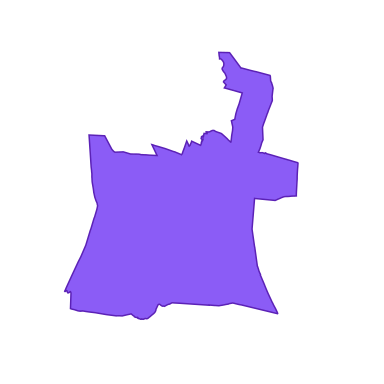 Lerma, México, Mexico, rotated 195°
{"feature_id": "50627088B475938863267", "entity_name": "Lerma", "entity_type": "district", "adm_level": 2, "iso_a3": "MEX", "parent_name": "Mexico", "parent_adm1": "México", "projection": "robinson", "projection_center": [-99.473, 19.326], "detail": "fine", "context": "isolated", "style": "filled", "palette": "violet", "viewbox_px": 384, "rotation_deg": 195, "n_neighbors": 0, "source": "geoboundaries", "source_scale": "gbopen_adm2", "svg_char_len": 5881}
<svg xmlns="http://www.w3.org/2000/svg" viewBox="0 0 384 384"><g transform="rotate(195 192 192)"><path d="M187.7,300.9L185.6,300.9L169.1,300.7L169.3,289.4L169.8,283.8L169.9,278.9L169.5,273.2L169.8,273.0L170.9,272.2L172.4,271.0L171.7,269.8L171.3,268.9L171.0,268.3L169.8,266.1L169.3,264.8L169.0,263.2L168.7,261.5L168.5,259.2L168.4,258.1L168.2,256.2L167.9,254.5L167.3,250.4L167.5,250.2L170.5,251.7L171.7,252.5L173.4,253.4L174.3,253.9L174.8,254.1L175.5,254.5L178.3,255.9L178.9,256.1L179.5,256.2L180.1,256.2L180.7,256.3L181.3,256.3L183.9,256.5L184.9,256.6L185.3,256.7L186.2,257.1L186.6,257.1L187.0,257.1L188.0,256.8L188.4,256.6L188.7,256.4L189.1,256.0L189.5,255.8L189.7,255.5L190.0,255.2L190.6,254.7L191.1,254.5L191.5,254.3L192.5,254.1L193.9,253.8L193.7,253.3L193.7,252.7L192.6,252.8L192.6,252.2L195.5,251.7L195.4,251.3L195.5,251.0L195.3,248.5L195.5,248.5L195.5,248.0L196.1,248.0L196.5,248.4L196.6,247.8L197.1,247.8L197.0,245.9L196.5,245.6L196.3,245.7L195.9,245.6L195.6,245.7L195.0,245.9L195.1,244.6L195.6,244.7L195.8,243.5L195.5,243.4L195.8,241.9L195.5,241.8L195.8,239.3L197.0,239.5L205.5,241.0L205.5,240.0L205.8,238.1L205.9,236.9L206.0,236.5L206.2,236.2L206.3,235.9L206.6,235.5L207.0,235.8L207.2,236.1L207.3,236.4L207.8,237.1L208.5,237.8L209.5,239.0L210.3,239.9L210.8,232.9L210.9,231.1L211.0,231.1L211.0,230.7L211.2,228.9L211.3,227.2L211.2,226.9L211.8,225.3L212.2,225.4L213.9,225.6L214.5,225.7L215.9,225.9L216.2,225.9L216.8,226.0L217.0,226.0L217.7,226.1L218.2,226.2L218.8,226.3L219.2,226.3L219.3,226.3L219.7,226.3L220.6,226.3L229.1,227.0L236.5,227.2L239.9,227.2L241.9,227.4L243.0,227.4L235.2,218.2L243.1,216.5L245.5,216.1L248.5,215.4L249.1,215.3L250.3,215.0L250.9,214.9L252.0,214.9L253.2,214.8L261.1,212.8L268.7,213.0L276.7,210.5L277.8,210.8L278.7,211.3L280.5,212.5L290.9,223.7L306.2,220.4L300.4,203.4L295.9,190.1L294.9,187.6L294.5,186.6L294.1,185.4L293.4,183.7L292.6,180.6L292.1,179.2L291.5,177.3L291.1,176.1L290.6,174.9L289.7,173.0L288.2,169.7L287.2,167.3L286.8,166.2L286.4,165.5L285.9,164.5L285.5,163.7L285.0,162.8L284.7,162.1L284.1,161.2L282.3,158.5L282.0,158.2L281.6,157.7L281.1,157.1L280.6,156.3L280.3,155.5L279.8,154.8L279.6,153.9L279.5,152.8L279.4,150.5L279.5,146.4L279.6,142.5L279.8,141.4L280.1,130.6L280.3,128.4L280.8,113.2L282.6,100.8L283.8,95.2L285.8,83.9L286.4,80.5L288.6,67.5L288.8,66.2L288.9,65.1L289.3,63.2L289.0,63.0L288.7,63.1L288.4,63.5L288.4,64.0L288.2,64.3L287.1,64.1L286.7,63.2L286.1,62.8L285.7,62.4L285.0,62.8L284.3,63.6L283.8,64.3L283.6,64.3L283.2,63.8L282.7,63.0L279.2,47.9L277.9,47.8L275.2,47.9L271.4,47.7L271.0,47.7L270.6,47.8L270.1,47.9L269.5,47.9L269.1,47.9L268.6,48.3L268.2,48.4L267.8,48.4L267.5,48.4L267.2,48.8L263.7,49.1L260.4,49.5L254.1,50.4L243.2,51.4L233.4,52.7L230.3,53.6L228.0,54.1L227.4,54.2L222.6,56.8L219.2,58.5L218.5,58.2L217.1,57.5L215.8,57.1L215.4,56.6L214.5,56.4L213.3,56.4L212.7,56.5L212.2,56.8L211.9,56.8L211.8,56.7L211.6,56.0L210.4,55.9L210.1,56.0L209.9,56.0L208.9,55.8L208.2,55.9L207.9,56.2L207.7,56.4L207.2,56.2L206.5,56.5L206.3,56.6L205.9,56.6L205.7,56.6L205.4,57.0L204.9,57.4L204.6,57.7L203.5,57.8L202.8,57.9L202.2,58.3L201.6,58.9L201.2,59.6L200.6,60.3L199.1,62.5L198.6,63.2L198.0,64.0L197.4,64.9L196.8,66.0L196.6,66.6L196.4,67.4L196.3,68.2L196.4,68.9L196.4,69.7L196.2,70.7L195.9,72.4L195.8,73.2L195.6,74.0L195.5,74.5L195.1,74.8L194.7,75.1L194.3,75.1L193.9,75.1L193.5,75.0L193.2,74.7L192.8,74.6L191.9,74.3L191.4,74.1L191.2,74.1L190.8,74.1L190.3,74.3L189.9,74.5L189.5,74.5L189.3,74.4L189.1,74.4L188.5,74.9L188.3,75.1L187.9,75.5L187.6,75.8L186.4,76.9L185.6,77.5L184.6,77.9L184.2,78.3L183.3,79.2L182.9,79.6L182.6,79.8L182.1,79.9L181.7,80.1L181.1,80.1L175.9,81.2L146.1,87.1L146.2,87.3L144.9,87.5L140.9,88.2L139.6,88.5L138.0,88.8L136.5,89.1L135.7,89.5L134.6,90.0L133.9,90.3L131.2,91.6L130.6,91.9L130.5,92.0L128.7,92.8L127.8,93.2L127.3,93.7L124.0,95.3L122.5,95.4L120.9,95.4L117.4,95.5L115.9,95.6L115.5,95.7L77.9,96.6L77.8,96.9L78.6,98.0L79.4,98.9L80.9,100.7L82.6,102.5L84.2,104.2L85.0,105.2L86.6,106.9L87.4,107.9L92.1,113.5L92.9,114.5L94.4,116.4L95.1,117.3L97.4,120.3L98.1,121.3L100.6,124.5L101.4,125.5L103.7,128.5L104.5,129.4L104.5,130.1L105.5,131.2L106.8,132.9L108.0,134.9L108.9,136.3L109.1,136.6L109.2,136.8L109.6,137.1L117.2,155.1L117.4,155.3L124.4,171.7L129.9,202.0L129.6,202.0L109.9,205.3L109.6,205.3L108.3,206.3L107.4,207.1L105.9,208.2L104.1,209.7L102.0,211.2L100.6,211.8L97.5,212.7L94.7,213.8L93.1,214.3L92.0,214.6L90.2,215.2L90.5,216.2L91.2,219.3L93.2,228.8L93.8,231.8L94.5,234.5L95.2,237.7L95.9,241.1L96.4,243.9L97.1,247.4L97.7,247.7L99.2,247.7L103.1,247.8L106.0,247.9L107.9,247.9L117.6,248.1L125.5,248.3L126.5,248.3L128.2,248.3L129.8,248.3L130.3,248.6L131.4,248.8L131.6,248.5L131.7,248.0L132.2,248.0L133.4,248.2L133.8,248.3L135.0,248.0L135.9,247.7L136.4,247.5L138.2,247.6L137.9,249.5L137.7,250.8L137.6,251.1L137.4,255.3L137.4,257.5L137.3,258.1L137.3,258.3L136.9,260.8L139.7,269.7L140.7,272.9L140.4,277.9L140.3,278.2L140.1,280.8L139.7,285.5L139.7,286.3L139.4,288.3L139.3,290.4L138.7,295.5L138.4,298.4L138.1,300.7L138.1,301.1L138.2,301.5L138.4,302.2L139.4,305.2L140.5,312.8L140.5,313.1L141.1,314.3L142.2,316.2L143.2,317.7L143.3,318.0L144.7,319.5L146.3,324.1L146.8,324.8L155.4,324.8L161.4,324.8L162.6,324.7L166.8,324.6L168.7,324.6L170.6,324.6L172.6,324.6L174.1,324.6L176.3,324.6L176.6,324.3L177.4,324.9L183.9,330.1L190.7,335.5L191.6,336.2L192.0,336.3L202.2,333.8L201.0,330.6L200.3,329.2L199.8,327.7L199.2,328.0L198.9,328.0L198.7,328.0L198.2,327.8L197.7,327.5L197.4,327.4L196.4,326.7L195.1,325.5L194.5,324.4L194.3,323.5L194.2,323.0L194.1,322.0L194.1,321.7L194.5,320.5L194.8,319.8L194.9,319.5L194.8,319.2L194.8,318.7L194.4,318.1L193.0,316.7L191.8,315.8L191.0,315.3L189.8,313.8L188.9,312.7L188.4,311.9L188.1,311.0L188.1,310.5L188.3,309.8L188.6,309.2L189.0,308.7L189.6,308.1L189.8,307.7L190.0,307.3L190.0,307.0L190.1,306.5L188.0,305.1L186.7,304.3L187.2,302.6L187.7,300.9Z" fill="#8b5cf6" stroke="#5b21b6" stroke-width="1.5"/></g></svg>